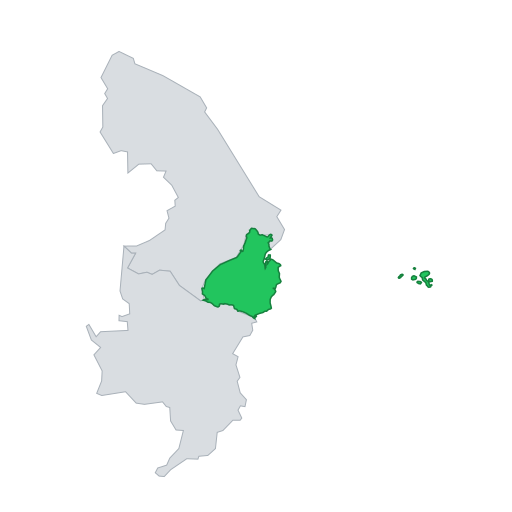 Ecuador shown with its bordering countries, rotated 176°
{"feature_id": "ECU", "entity_name": "Ecuador", "entity_type": "country or territory", "adm_level": 0, "iso_a3": "ECU", "parent_name": "South America", "parent_adm1": "", "projection": "albers", "projection_center": [-81.617, -1.768], "detail": "fine", "context": "with_neighbors", "style": "filled", "palette": "green", "viewbox_px": 512, "rotation_deg": 176, "n_neighbors": 2, "source": "natural_earth", "source_scale": "50m", "svg_char_len": 6112}
<svg xmlns="http://www.w3.org/2000/svg" viewBox="0 0 512 512"><g transform="rotate(176 256 256)"><path d="M387.0,275.1L374.4,274.3L361.0,279.0L344.9,288.4L343.8,294.9L340.2,299.8L341.6,307.4L333.1,311.4L333.1,317.3L329.4,319.8L335.1,332.5L342.8,341.0L339.8,347.0L349.0,347.9L354.2,355.3L366.5,355.8L378.0,347.7L376.9,368.8L383.2,370.5L391.1,368.2L402.9,390.6L399.8,395.3L398.6,416.7L393.1,423.5L395.6,428.6L392.3,433.2L398.2,444.8L385.5,466.3L378.4,469.6L364.6,461.7L363.4,456.2L336.1,442.3L300.6,418.6L294.9,407.2L297.2,403.3L285.5,385.1L248.7,314.9L227.9,300.0L232.5,293.8L225.7,280.4L230.1,270.6L241.2,261.7L242.9,267.6L238.9,270.9L239.3,276.0L250.7,276.5L256.6,283.6L264.5,277.8L267.2,268.3L275.8,256.1L292.7,250.7L308.0,236.0L312.5,226.9L310.6,216.3L314.3,215.0L334.5,232.0L342.7,246.8L353.1,248.6L360.9,244.9L365.9,247.4L374.4,246.3L385.0,253.0L375.9,267.2L380.0,267.5L387.0,275.1Z" fill="#d9dde1" stroke="#a8b0b8" stroke-width="1"/><path d="M430.2,197.7L427.5,199.4L421.1,186.6L416.3,191.3L388.9,190.7L389.0,199.5L397.2,201.0L396.7,206.4L393.9,204.9L386.0,207.1L385.8,217.3L392.0,222.5L394.1,230.6L387.0,275.1L380.0,267.5L375.9,267.2L385.0,253.0L374.4,246.3L365.9,247.4L360.9,244.9L353.1,248.6L342.7,246.8L334.5,232.0L314.3,215.0L310.6,216.3L297.7,208.2L293.7,210.5L281.8,208.5L278.4,202.4L261.7,194.6L259.8,190.2L265.0,189.2L264.4,182.2L267.7,177.1L274.7,176.2L286.1,160.2L280.9,156.8L283.6,148.8L280.5,136.0L283.5,132.4L281.3,120.6L275.6,113.3L277.5,106.5L282.0,107.6L284.7,103.5L281.5,95.3L283.2,93.3L290.5,93.8L301.2,84.2L307.0,82.8L309.9,66.7L318.0,60.4L327.0,60.2L328.1,57.4L339.2,58.6L356.0,48.8L362.9,42.4L368.0,43.2L371.6,46.8L368.8,51.4L359.7,53.6L356.1,60.4L346.4,69.3L340.6,87.0L347.9,88.0L352.7,97.4L352.6,110.9L356.0,112.1L359.4,117.0L377.6,115.8L385.8,117.6L395.6,129.7L419.6,127.6L424.5,130.1L418.7,142.1L417.5,152.1L424.6,168.7L417.4,175.6L426.1,183.7L430.2,197.7Z" fill="#d9dde1" stroke="#a8b0b8" stroke-width="1"/><path d="M311.8,215.6L311.0,216.1L310.2,216.2L309.1,216.3L307.6,215.8L307.0,215.8L306.9,216.3L307.9,216.9L308.9,217.6L309.2,218.6L309.8,219.9L311.2,221.3L312.1,221.9L312.1,222.4L311.9,223.3L311.8,224.1L312.2,227.5L311.9,227.7L311.4,227.7L310.9,227.7L310.4,227.3L310.0,227.1L309.8,227.6L309.4,229.2L308.5,232.6L307.7,235.6L306.7,236.7L305.2,238.4L303.2,240.7L300.4,244.0L298.2,245.6L296.6,246.8L294.6,248.2L292.1,250.0L289.2,251.0L285.3,252.5L282.5,253.5L280.4,254.2L278.3,254.9L275.5,255.8L274.4,256.8L272.6,259.0L271.7,260.1L270.9,261.0L270.8,261.4L270.9,261.7L271.2,262.2L271.3,262.6L270.8,262.9L270.3,263.0L270.1,262.7L270.0,262.2L269.5,261.7L269.0,261.5L268.7,261.7L268.6,262.1L267.9,264.4L267.9,265.5L267.6,266.0L267.6,267.0L266.9,267.9L266.6,268.7L266.3,269.4L265.8,269.9L265.6,270.7L265.0,272.3L264.4,273.6L263.9,274.7L263.9,275.5L264.2,276.1L264.3,276.5L264.0,277.4L263.8,278.0L263.0,278.4L261.4,279.4L260.7,280.1L260.5,280.9L260.6,281.6L260.6,282.2L259.8,282.4L259.5,282.8L259.0,283.7L258.4,284.0L256.8,283.5L255.7,283.5L254.8,283.1L253.9,281.9L253.1,280.8L252.4,279.5L252.2,277.7L251.4,277.1L250.5,276.5L249.5,276.6L248.3,276.8L247.6,276.3L246.0,275.6L244.6,274.7L243.5,274.2L242.7,274.4L242.2,275.0L241.3,275.9L240.1,276.6L239.5,276.5L238.8,276.1L238.6,275.6L239.2,274.8L240.5,273.0L239.1,272.9L238.6,272.4L238.5,271.7L238.3,271.0L238.6,270.2L239.3,269.8L240.5,270.1L241.2,270.1L241.7,269.3L242.2,269.0L242.7,268.7L243.0,268.4L242.4,267.1L242.3,266.4L242.4,266.0L242.4,265.2L242.4,264.6L242.1,264.1L242.0,263.4L241.8,262.9L241.7,262.5L241.6,262.0L241.3,261.7L240.9,261.5L241.2,261.3L243.2,260.6L244.1,259.9L245.1,259.2L246.0,258.2L246.6,257.3L248.0,252.9L249.3,250.1L249.1,248.8L248.0,247.0L247.7,244.3L247.8,243.5L247.7,242.9L247.0,244.0L247.2,247.9L246.5,249.7L245.6,250.1L245.1,249.8L245.4,247.0L244.8,247.5L243.7,249.4L242.0,250.8L241.9,251.3L241.5,251.9L240.2,251.4L239.2,250.8L235.9,247.6L233.7,246.9L232.4,245.8L232.1,245.3L232.0,244.6L233.3,244.0L234.7,243.1L234.8,241.1L234.8,239.5L233.8,236.8L234.3,233.3L234.0,231.9L232.8,229.0L233.7,227.6L236.8,226.5L237.7,225.8L238.4,223.5L239.1,222.1L240.5,222.7L241.6,222.6L240.1,222.1L239.0,220.0L238.8,219.1L241.0,216.2L242.2,215.5L243.7,214.0L244.9,211.7L245.2,208.2L244.7,205.6L244.3,202.9L245.1,202.2L246.9,201.9L248.4,201.0L249.2,200.2L251.0,200.3L253.1,199.1L256.4,198.5L261.0,197.0L262.1,195.8L261.6,193.6L262.1,193.8L263.3,194.9L264.1,196.0L265.4,196.6L266.5,197.2L269.3,199.3L271.2,200.4L273.2,201.4L276.1,202.4L277.9,202.2L278.3,203.0L278.6,203.9L279.3,204.3L280.3,204.7L281.0,204.9L281.2,205.1L281.8,208.1L282.2,208.5L283.6,209.0L285.4,209.1L286.1,209.0L287.7,209.9L288.8,210.3L290.1,210.6L291.0,210.7L291.4,210.5L291.5,210.2L292.2,210.3L293.3,210.7L294.8,210.8L295.8,210.4L295.9,209.8L296.0,208.8L296.3,208.4L297.4,207.8L298.0,207.9L300.8,209.2L301.4,209.7L302.1,210.6L303.5,212.0L304.9,212.9L307.1,213.2L309.3,214.7L311.8,215.6ZM87.1,214.1L88.0,215.0L88.5,217.6L91.3,220.3L91.7,221.8L91.4,222.5L91.6,222.8L92.9,223.9L93.8,225.0L92.4,227.6L89.2,228.8L85.8,228.8L85.2,228.5L84.2,227.5L84.1,226.6L84.6,225.7L86.3,224.4L89.0,223.2L89.3,222.3L88.2,221.4L87.5,219.7L85.8,218.5L84.9,214.8L84.3,214.6L83.2,215.2L82.6,214.7L83.8,213.6L84.0,213.0L85.8,212.7L86.6,213.2L87.1,214.1ZM100.4,225.2L99.6,225.2L97.4,223.9L97.6,222.5L98.4,221.6L101.2,221.2L102.4,222.0L102.3,223.6L101.4,224.8L100.6,225.0L100.4,225.2ZM243.6,255.7L243.4,256.2L242.0,256.1L241.7,256.0L241.7,255.3L242.0,253.4L242.4,252.6L243.4,251.8L244.4,251.4L245.5,251.5L246.8,252.2L245.3,253.5L244.5,253.7L244.2,253.9L243.6,255.7ZM85.0,221.0L83.6,221.2L82.4,220.7L81.9,220.0L81.8,218.9L81.9,218.5L84.5,218.1L85.4,219.0L85.4,220.4L85.0,221.0ZM113.2,227.1L111.6,227.6L111.0,227.4L110.7,227.1L110.6,226.8L111.5,225.9L112.4,225.4L113.2,224.4L114.6,223.8L115.1,223.9L115.3,224.1L115.5,224.5L115.0,225.3L114.1,225.9L113.2,227.1ZM97.0,219.1L96.3,219.5L93.7,219.0L92.8,218.2L93.5,217.1L94.0,216.7L95.6,217.1L97.2,218.3L97.0,219.1ZM99.2,233.2L98.6,233.2L97.8,232.6L98.4,231.5L99.0,231.8L99.5,232.1L99.8,232.5L99.2,233.2ZM260.9,196.4L260.1,196.5L259.8,195.8L260.7,195.0L261.1,194.9L260.9,196.4Z" fill="#22c55e" stroke="#15803d" stroke-width="1.5"/></g></svg>